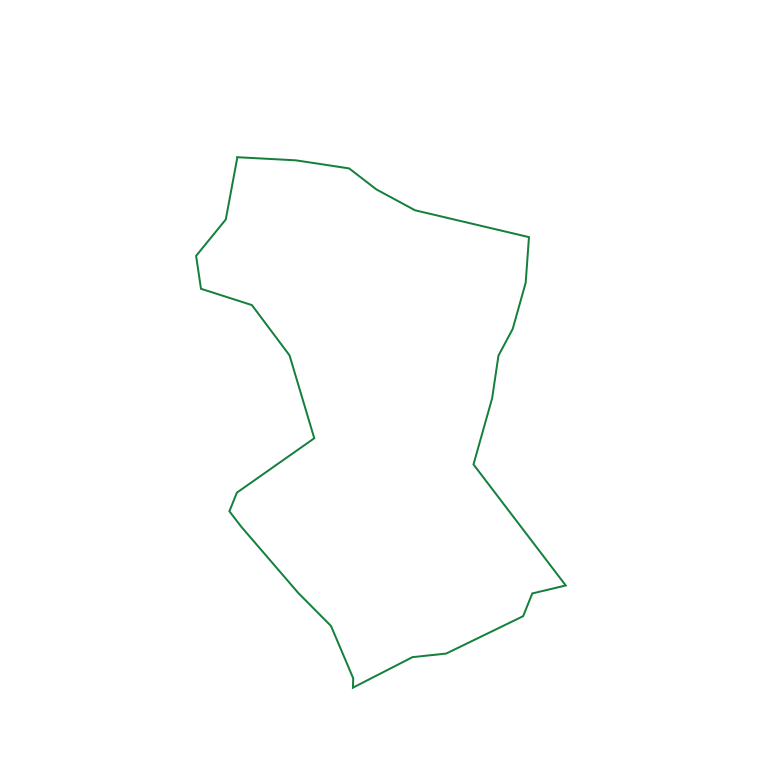 the district of Dioundiou, Dosso, Niger, rotated 324°
{"feature_id": "23599985B87103937584190", "entity_name": "Dioundiou", "entity_type": "district", "adm_level": 2, "iso_a3": "NER", "parent_name": "Niger", "parent_adm1": "Dosso", "projection": "orthographic", "projection_center": [3.586, 12.653], "detail": "fine", "context": "isolated", "style": "outline", "palette": "green", "viewbox_px": 768, "rotation_deg": 324, "n_neighbors": 0, "source": "geoboundaries", "source_scale": "gbopen_adm2", "svg_char_len": 538}
<svg xmlns="http://www.w3.org/2000/svg" viewBox="0 0 768 768"><g transform="rotate(324 384 384)"><path d="M180.4,611.4L246.5,621.7L275.8,638.6L360.1,653.6L380.9,640.6L412.6,653.8L409.1,501.7L463.1,459.1L493.3,428.3L520.5,415.1L558.2,385.3L587.6,350.4L511.2,261.7L492.2,222.1L482.5,189.1L444.0,151.1L398.5,114.2L398.1,114.9L352.7,157.9L307.3,169.9L291.9,199.4L323.5,242.5L324.4,305.3L295.7,386.9L201.2,385.4L184.1,396.1L184.6,415.3L191.8,502.6L198.9,548.6L186.1,604.0L180.4,611.4Z" fill="none" stroke="#15803d" stroke-width="2"/></g></svg>